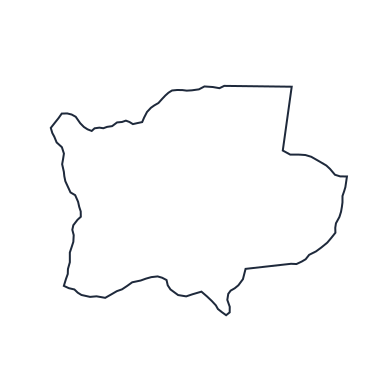 Guariba, São Paulo, Brazil, rotated 190°
{"feature_id": "56859067B39264399371297", "entity_name": "Guariba", "entity_type": "district", "adm_level": 2, "iso_a3": "BRA", "parent_name": "Brazil", "parent_adm1": "São Paulo", "projection": "albers", "projection_center": [-48.212, -21.397], "detail": "fine", "context": "isolated", "style": "outline", "palette": "slate", "viewbox_px": 384, "rotation_deg": 190, "n_neighbors": 0, "source": "geoboundaries", "source_scale": "gbopen_adm2", "svg_char_len": 1784}
<svg xmlns="http://www.w3.org/2000/svg" viewBox="0 0 384 384"><g transform="rotate(190 192 192)"><path d="M178.7,302.1L183.0,299.0L189.7,299.0L198.1,298.1L203.0,294.3L209.8,292.1L214.8,290.9L219.4,290.7L224.6,289.8L229.3,288.5L232.4,285.7L235.0,282.4L237.7,278.3L240.5,273.8L244.1,270.8L247.1,267.8L250.2,263.0L252.1,256.9L253.2,252.2L257.2,250.6L262.0,248.6L265.8,250.1L269.5,250.8L273.1,248.8L277.9,247.5L282.1,243.0L286.9,241.4L290.4,239.4L294.4,239.3L299.0,237.8L301.4,234.7L305.8,235.6L309.8,237.3L314.0,240.3L319.6,245.9L324.0,247.4L328.6,247.7L333.9,246.6L336.3,241.5L338.7,237.1L342.2,230.6L339.8,225.8L337.2,222.5L333.9,217.3L327.9,213.5L324.8,207.6L324.7,202.9L324.7,196.8L321.7,189.6L320.5,185.4L318.6,180.6L311.6,170.5L306.5,168.6L302.5,162.6L300.5,157.8L298.2,153.5L297.2,148.3L299.9,144.8L303.1,138.7L303.3,134.0L301.0,129.0L300.2,122.3L301.0,116.6L301.8,111.2L300.1,101.6L300.8,94.6L300.1,89.7L301.0,84.5L301.9,77.3L296.6,75.9L290.9,75.6L287.0,73.0L283.0,71.4L274.2,71.0L267.9,72.7L259.1,72.7L253.4,77.4L248.8,81.3L244.0,84.0L239.6,88.2L235.2,92.7L227.2,95.9L222.3,98.7L217.3,101.1L211.2,102.9L206.6,102.4L201.8,100.9L199.7,95.9L196.3,92.3L187.8,88.1L179.6,88.2L173.7,91.4L165.4,95.5L159.0,91.7L153.7,88.2L148.8,84.5L146.2,81.3L142.0,79.0L137.0,76.6L134.0,80.0L134.9,85.5L138.5,91.9L138.6,98.0L136.8,101.6L133.2,104.6L130.1,108.2L126.7,115.0L125.9,125.6L82.0,138.5L76.6,139.2L71.8,142.6L68.4,145.5L65.7,150.5L59.6,155.0L55.1,159.7L50.0,165.6L46.8,171.1L43.7,176.8L44.7,181.6L44.8,186.2L42.5,193.0L41.8,198.4L41.8,203.4L42.0,207.9L43.1,214.2L42.3,219.2L41.8,223.4L42.1,234.2L48.8,233.1L54.2,233.8L60.1,238.7L64.3,241.4L72.9,244.6L80.7,247.4L86.7,248.1L92.4,247.5L101.8,245.9L109.8,248.6L112.1,313.0L178.7,302.1Z" fill="none" stroke="#1e293b" stroke-width="2"/></g></svg>